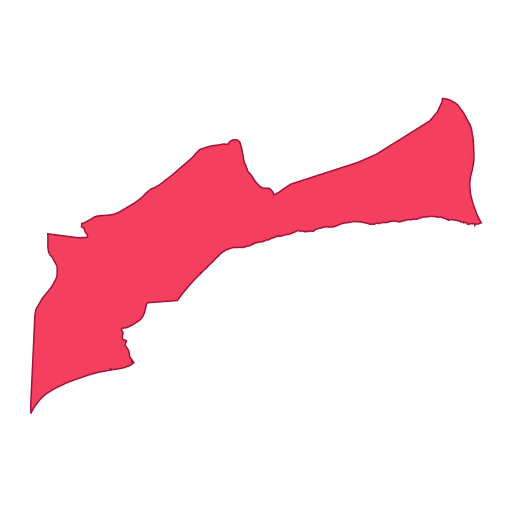 Khanfar, Abyan, Yemen
{"feature_id": "15242507B88266569428979", "entity_name": "Khanfar", "entity_type": "district", "adm_level": 2, "iso_a3": "YEM", "parent_name": "Yemen", "parent_adm1": "Abyan", "projection": "robinson", "projection_center": [45.813, 13.334], "detail": "fine", "context": "isolated", "style": "filled", "palette": "rose", "viewbox_px": 512, "rotation_deg": 0, "n_neighbors": 0, "source": "geoboundaries", "source_scale": "gbopen_adm2", "svg_char_len": 5956}
<svg xmlns="http://www.w3.org/2000/svg" viewBox="0 0 512 512"><path d="M177.5,300.5L178.6,298.8L181.1,295.3L185.3,290.1L190.1,284.4L195.2,278.9L198.4,275.6L200.7,273.5L200.6,273.0L200.9,273.2L201.1,273.1L205.0,269.0L206.7,267.9L207.0,267.4L209.3,264.8L211.0,263.4L211.5,262.9L212.1,262.6L212.4,262.0L214.6,259.7L215.7,258.6L217.8,256.3L218.0,256.4L218.4,256.1L218.5,255.8L220.5,253.7L223.4,251.6L226.5,249.8L227.8,249.1L228.0,249.1L228.3,249.2L229.6,248.6L233.2,247.4L233.9,247.7L234.6,247.5L236.2,247.5L237.2,247.6L239.7,247.2L240.8,247.4L242.6,247.5L243.2,247.3L243.4,247.4L243.5,247.7L243.4,247.4L243.7,247.4L244.6,247.0L247.9,246.0L249.1,245.9L250.2,245.5L253.3,244.1L253.5,243.7L254.1,243.2L255.0,242.6L255.3,243.0L255.7,243.2L255.9,243.4L255.8,243.1L256.2,242.9L256.3,243.2L256.3,242.9L256.6,242.7L256.9,243.0L256.8,242.8L257.6,242.3L257.9,242.4L259.5,242.1L260.9,241.7L262.6,241.8L267.5,239.6L268.3,240.0L271.2,238.4L274.8,237.3L276.1,236.5L276.7,236.4L277.0,236.5L277.2,236.4L277.1,236.2L278.0,236.3L279.4,236.1L279.9,236.4L280.5,236.3L280.6,236.1L283.3,235.5L286.0,234.6L287.3,234.4L287.6,234.6L288.3,234.5L289.1,234.1L289.9,234.0L292.3,232.8L292.6,232.9L293.0,232.6L293.7,232.6L294.3,232.2L294.8,232.0L296.5,231.0L297.1,230.9L298.9,230.6L300.0,230.9L300.1,231.1L300.7,231.4L301.0,231.2L302.1,230.9L302.8,230.9L303.2,231.3L304.5,231.5L304.7,231.8L305.0,231.8L306.7,231.5L307.9,231.4L308.1,231.6L308.3,231.6L309.3,231.2L310.4,231.0L311.3,230.9L311.8,231.3L313.7,231.1L316.0,229.2L317.9,228.7L319.3,228.4L320.3,228.1L321.1,228.1L321.9,227.7L324.4,227.0L327.7,226.8L327.9,227.0L329.4,227.1L329.6,227.0L331.5,227.0L332.1,226.8L332.6,227.0L333.2,226.7L333.8,226.8L334.4,226.7L334.9,226.2L335.7,225.9L336.4,225.9L339.6,224.4L341.8,223.7L344.7,222.9L347.0,222.8L349.1,222.5L349.7,222.2L352.5,221.7L354.3,221.6L355.9,221.6L357.7,221.8L360.7,221.9L366.2,223.1L366.8,223.1L367.3,223.4L368.1,223.5L369.7,224.2L371.2,224.3L371.3,224.3L371.6,224.1L372.2,224.2L372.7,224.1L374.0,224.2L374.2,224.4L375.3,223.8L375.8,223.4L377.0,223.0L377.5,223.0L378.6,223.6L379.1,223.4L379.3,223.5L380.2,223.0L382.8,222.6L384.8,222.5L385.9,222.6L386.8,222.5L388.7,222.1L388.9,221.9L390.8,221.3L391.4,221.2L393.3,221.1L396.4,221.2L397.1,221.3L398.0,221.7L399.3,221.9L401.2,221.6L401.9,221.2L403.4,220.7L404.3,220.7L407.5,219.7L408.9,219.5L409.5,219.7L409.7,219.9L410.7,219.8L413.2,219.2L413.4,219.3L414.3,219.2L416.7,219.2L417.3,219.1L421.0,217.6L422.8,217.1L425.8,216.9L426.5,217.0L429.7,216.4L431.6,216.3L435.0,216.6L437.4,217.2L440.7,216.9L441.2,217.3L441.6,217.3L442.3,217.5L442.6,217.4L442.8,217.5L443.1,218.0L443.8,217.9L444.3,218.4L445.2,218.4L445.7,218.6L446.0,219.2L446.4,219.2L446.5,219.4L447.1,219.3L447.4,219.4L447.6,219.6L447.9,219.8L448.4,220.3L449.2,219.7L451.4,219.7L454.0,219.9L455.5,220.1L456.2,220.4L456.5,220.4L459.8,221.2L460.2,221.6L461.2,221.8L461.3,222.1L461.6,221.9L463.1,221.8L463.4,222.2L463.4,222.5L463.7,222.5L463.9,222.9L464.3,222.7L465.4,222.5L466.4,222.7L467.3,223.1L467.3,223.4L467.1,223.5L467.3,224.1L467.5,224.0L468.4,224.1L469.0,224.4L469.8,223.9L470.8,223.6L472.2,223.8L474.0,223.7L474.4,223.9L474.9,224.3L474.8,224.6L474.8,224.9L474.8,225.3L475.4,224.6L475.5,224.2L476.6,224.0L478.3,224.0L479.3,223.6L479.5,223.3L481.3,222.8L479.3,219.3L477.2,215.0L475.9,211.9L475.2,209.5L473.1,204.1L472.3,201.4L471.2,196.5L470.6,194.5L469.8,186.2L469.9,181.3L470.7,176.1L472.4,169.5L473.9,160.6L473.9,154.0L473.3,139.9L471.4,128.5L469.6,123.7L468.1,121.5L463.5,112.7L457.7,105.0L455.5,103.2L453.1,101.7L450.7,100.4L449.0,99.7L447.3,99.2L442.5,98.4L441.9,102.2L437.4,111.9L429.9,120.8L376.3,154.3L357.9,162.4L291.2,184.0L285.1,187.8L281.2,190.7L279.0,192.2L276.3,193.7L275.5,194.2L273.8,194.6L272.8,191.9L270.9,189.7L269.5,188.5L268.6,188.2L265.8,188.3L263.9,188.2L262.2,187.8L261.5,187.3L260.0,186.4L258.6,185.1L256.7,183.1L254.3,180.1L252.9,177.6L250.1,173.8L248.7,172.4L247.6,170.8L247.1,168.9L246.3,167.1L245.7,165.2L244.8,163.5L244.4,162.5L243.1,156.8L242.7,153.6L241.7,148.7L240.0,142.6L239.6,141.7L238.9,141.1L238.1,140.6L236.4,139.8L234.5,139.8L232.8,140.0L231.9,140.4L230.2,141.2L229.5,141.9L228.5,143.4L227.9,144.1L226.1,144.2L223.3,144.0L221.5,144.5L220.6,144.5L217.8,145.1L212.4,145.7L208.0,146.8L199.9,149.4L195.6,153.7L193.8,156.0L192.5,157.4L172.0,175.2L158.6,185.5L156.4,186.5L155.3,187.4L151.8,188.6L150.3,189.5L145.7,193.4L142.7,196.8L135.6,202.3L118.3,212.6L114.2,214.2L107.5,215.3L101.9,215.5L97.0,216.1L94.1,217.1L91.7,218.8L83.3,223.3L81.8,223.3L81.5,226.9L83.8,228.1L84.8,230.8L85.9,233.2L86.3,233.5L87.5,235.3L87.5,236.8L86.2,237.4L78.7,237.8L47.7,233.8L47.9,236.8L47.9,247.5L48.7,252.4L50.5,255.4L52.4,257.5L54.0,260.7L56.1,264.4L57.1,266.3L57.2,274.4L56.0,278.9L51.8,286.6L42.3,298.4L36.0,309.3L34.9,315.2L30.7,405.6L30.9,413.6L31.3,412.4L32.9,409.6L35.0,406.1L39.0,400.7L42.0,397.4L45.6,394.2L48.3,392.5L53.4,389.3L55.3,388.3L59.1,386.3L59.3,386.3L59.6,386.0L62.1,385.1L65.4,383.4L70.4,381.3L72.1,380.8L74.8,379.7L87.9,375.2L91.8,374.1L93.0,373.7L94.5,373.3L98.4,372.3L110.3,370.0L110.6,369.9L110.6,369.7L110.5,369.8L110.4,369.5L110.7,368.5L110.8,368.5L111.0,368.8L111.1,368.6L111.0,369.8L110.9,369.8L110.7,370.0L122.0,368.2L123.5,367.7L123.9,367.8L125.7,367.2L127.4,366.2L128.2,366.4L129.2,365.8L131.6,364.5L132.2,363.9L132.0,364.0L132.0,363.7L131.7,363.1L131.8,363.0L132.1,363.1L132.2,363.4L132.1,363.6L132.3,363.6L132.3,363.1L132.1,362.2L132.2,362.3L132.5,362.8L132.8,362.7L133.2,363.1L133.9,362.6L130.0,357.1L129.7,356.2L129.0,351.8L128.3,349.9L125.2,345.2L125.1,344.7L125.2,343.9L126.4,341.5L126.5,341.1L126.3,340.7L125.9,340.4L123.7,339.7L122.9,339.2L122.4,338.5L122.4,337.3L122.5,335.2L123.0,333.7L123.0,332.7L122.7,332.0L121.7,330.6L121.5,330.0L121.5,329.4L121.8,328.8L122.3,328.3L123.2,327.9L125.6,327.9L127.2,327.5L132.6,324.8L139.3,320.5L141.2,318.6L142.5,316.9L143.9,314.2L144.6,312.4L145.4,309.1L146.0,306.4L146.6,304.4L147.3,303.1L148.2,302.7L177.5,300.5Z" fill="#f43f5e" stroke="#9f1239" stroke-width="1.5"/></svg>